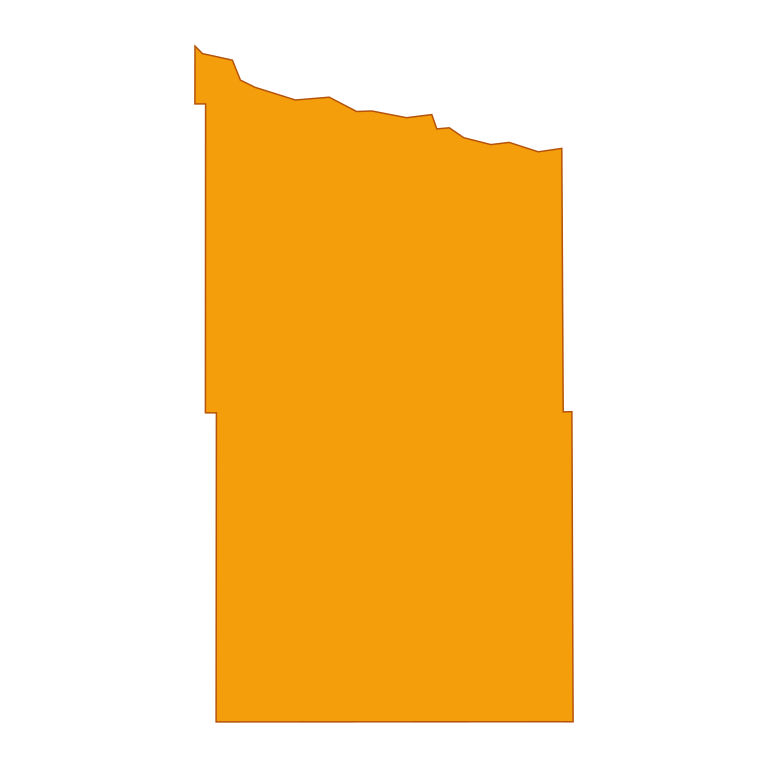 outline of Brown, Nebraska, United States of America
{"feature_id": "52423323B61841998846050", "entity_name": "Brown", "entity_type": "district", "adm_level": 2, "iso_a3": "USA", "parent_name": "United States of America", "parent_adm1": "Nebraska", "projection": "natural_earth1", "projection_center": [-99.937, 42.466], "detail": "fine", "context": "isolated", "style": "filled", "palette": "amber", "viewbox_px": 768, "rotation_deg": 0, "n_neighbors": 0, "source": "geoboundaries", "source_scale": "gbopen_adm2", "svg_char_len": 462}
<svg xmlns="http://www.w3.org/2000/svg" viewBox="0 0 768 768"><path d="M555.8,721.7L573.1,721.8L571.9,411.7L563.2,411.9L561.8,148.4L538.2,151.8L509.1,142.4L490.9,144.6L463.7,137.7L449.3,127.8L436.8,128.9L431.8,114.6L406.5,117.7L371.9,111.0L356.6,111.5L329.2,97.2L295.3,100.0L254.9,87.3L240.4,80.1L232.4,60.2L202.5,53.6L195.0,46.1L194.9,103.9L205.6,103.9L205.4,412.8L216.4,412.9L216.1,721.9L555.8,721.7Z" fill="#f59e0b" stroke="#b45309" stroke-width="1.5"/></svg>